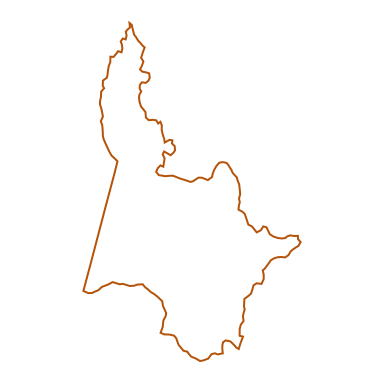 Fernandes Pinheiro, Paraná, Brazil (Natural Earth projection)
{"feature_id": "56859067B35886428615135", "entity_name": "Fernandes Pinheiro", "entity_type": "district", "adm_level": 2, "iso_a3": "BRA", "parent_name": "Brazil", "parent_adm1": "Paraná", "projection": "natural_earth1", "projection_center": [-50.502, -25.483], "detail": "fine", "context": "isolated", "style": "outline", "palette": "amber", "viewbox_px": 384, "rotation_deg": 0, "n_neighbors": 0, "source": "geoboundaries", "source_scale": "gbopen_adm2", "svg_char_len": 3034}
<svg xmlns="http://www.w3.org/2000/svg" viewBox="0 0 384 384"><path d="M297.9,235.9L294.3,236.0L290.1,235.4L287.4,236.3L285.3,238.0L282.0,238.5L277.9,238.0L273.6,236.6L269.8,234.2L268.2,230.8L266.5,227.3L263.3,226.4L260.9,230.2L256.7,232.4L252.1,226.5L248.3,224.6L245.9,217.2L244.6,213.7L242.1,211.5L238.5,209.7L238.9,205.5L239.8,202.2L239.0,198.6L240.2,194.2L239.7,189.0L239.2,184.5L237.5,180.1L236.8,177.4L234.5,174.9L232.7,172.9L231.4,169.9L229.6,167.1L228.2,164.8L226.4,162.8L222.6,162.1L219.3,162.7L216.5,165.9L214.3,169.6L212.7,173.7L212.1,176.9L207.9,180.1L201.9,177.7L198.3,177.7L192.8,181.4L190.3,181.9L185.2,180.1L179.3,178.3L176.0,176.9L172.9,175.7L169.6,175.8L165.2,176.2L162.5,175.7L158.8,175.1L156.2,171.9L157.7,168.3L160.4,165.4L163.3,166.7L163.9,162.7L164.6,158.4L162.7,154.3L164.1,151.5L167.1,153.2L170.6,155.2L173.5,152.7L175.0,150.3L174.7,146.1L171.9,143.4L172.4,140.3L169.5,139.9L164.7,142.5L164.3,139.3L162.6,134.0L161.7,129.9L161.8,125.3L160.4,121.8L158.2,123.5L156.2,120.3L152.9,119.8L148.7,120.2L145.9,117.5L145.5,112.2L143.4,109.4L141.0,106.5L139.5,101.7L139.0,97.4L139.5,94.4L141.2,91.5L139.7,88.7L139.8,85.1L141.9,82.3L145.8,82.9L148.5,80.6L149.8,77.7L149.1,73.3L145.7,72.3L142.4,71.7L140.0,69.5L141.9,65.9L143.4,61.5L141.1,57.8L143.1,51.5L144.7,47.4L142.7,45.8L140.5,43.0L138.3,40.9L136.1,37.2L134.1,34.6L132.7,29.1L131.8,24.9L129.5,23.0L130.0,27.5L128.0,29.1L125.8,31.6L126.6,35.6L125.6,39.4L122.8,38.5L120.7,41.5L121.8,44.3L122.4,48.3L121.5,52.3L118.1,51.2L116.2,53.8L113.6,56.9L110.4,56.7L110.3,62.1L108.8,65.9L107.9,71.0L107.6,74.2L106.9,77.7L102.9,80.6L102.8,85.8L104.1,88.3L101.2,91.6L100.9,97.3L100.0,101.4L100.0,104.4L101.5,109.1L102.9,116.5L100.8,121.3L102.1,124.6L102.5,127.8L102.8,132.7L102.9,136.2L103.6,139.0L105.5,143.4L107.5,147.8L109.2,151.4L111.6,155.6L114.4,158.2L117.5,161.3L114.1,174.8L105.2,208.2L95.0,247.1L89.9,266.5L83.4,290.9L88.2,293.1L92.0,293.0L95.8,291.2L98.2,290.3L101.9,286.9L105.6,285.5L108.6,284.3L112.7,282.1L115.2,282.9L119.8,284.3L122.7,283.8L127.5,285.3L129.8,286.0L134.2,285.7L137.3,284.6L142.7,284.3L145.2,287.3L147.9,289.3L150.7,292.0L153.8,293.8L157.3,296.5L160.2,299.3L162.2,301.2L163.0,306.1L164.6,309.5L166.2,313.1L165.7,316.1L163.4,320.4L162.7,327.0L160.6,332.8L164.2,334.4L168.3,334.5L170.9,334.8L174.3,335.8L176.2,338.2L178.6,344.9L180.7,347.4L183.5,350.8L187.3,351.7L188.9,354.0L191.3,356.7L195.6,358.4L200.0,361.0L203.0,360.5L208.2,358.6L211.5,354.2L214.8,353.3L217.8,354.4L222.8,353.3L222.3,348.9L222.4,345.0L223.1,342.2L225.7,340.4L230.4,341.4L234.0,344.9L236.2,347.5L238.7,349.0L240.4,343.5L243.0,336.6L239.6,335.8L239.7,328.8L240.8,324.7L243.6,320.9L242.9,316.2L243.8,312.3L244.7,309.4L244.0,306.5L244.4,298.9L248.8,295.6L251.0,293.6L252.3,289.9L253.5,285.3L256.7,283.3L261.5,283.9L263.7,279.2L263.7,274.6L262.7,270.3L264.7,268.7L267.6,264.8L270.9,260.2L274.1,258.3L277.4,257.3L280.7,257.0L285.2,257.4L288.5,255.1L290.6,251.5L292.9,249.5L295.3,247.8L298.5,245.8L300.6,242.1L298.0,239.1L297.9,235.9Z" fill="none" stroke="#b45309" stroke-width="2"/></svg>